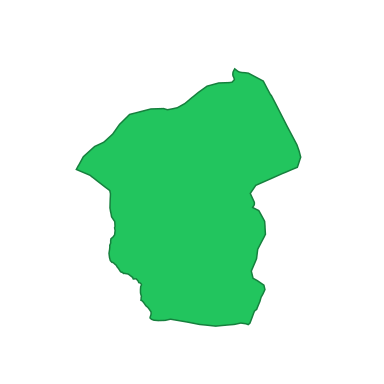 outline of Bilad Atta'am, Raymah, Yemen, rotated 298°
{"feature_id": "15242507B17948555439182", "entity_name": "Bilad Atta'am", "entity_type": "district", "adm_level": 2, "iso_a3": "YEM", "parent_name": "Yemen", "parent_adm1": "Raymah", "projection": "mercator", "projection_center": [43.572, 14.838], "detail": "fine", "context": "isolated", "style": "filled", "palette": "green", "viewbox_px": 384, "rotation_deg": 298, "n_neighbors": 0, "source": "geoboundaries", "source_scale": "gbopen_adm2", "svg_char_len": 3026}
<svg xmlns="http://www.w3.org/2000/svg" viewBox="0 0 384 384"><g transform="rotate(298 192 192)"><path d="M157.6,79.3L158.9,94.2L158.4,96.5L158.3,97.5L157.2,103.6L156.7,106.5L156.6,107.2L155.7,112.3L155.5,113.5L154.7,118.7L154.0,119.3L152.2,120.8L150.0,121.9L147.4,123.1L139.3,127.1L139.0,127.4L136.7,129.1L135.9,129.8L134.6,130.9L132.5,132.5L132.3,132.7L131.3,134.6L130.9,135.2L129.7,137.6L128.8,138.2L125.5,140.2L125.1,140.3L124.1,140.4L121.9,142.2L117.8,143.8L115.2,143.4L112.7,142.4L110.9,143.0L108.7,144.2L106.4,144.4L104.8,145.3L102.6,146.2L98.9,147.5L95.3,150.0L93.1,152.1L92.3,154.3L92.6,155.1L92.6,156.0L92.1,157.7L91.8,159.3L91.2,160.4L91.1,160.5L90.6,161.3L90.2,162.4L89.7,163.4L88.2,166.1L88.0,167.0L88.2,167.8L88.4,168.3L87.9,169.7L88.3,170.4L88.6,170.8L88.7,171.2L88.9,172.2L89.4,173.2L89.5,174.1L89.5,174.8L89.4,175.8L89.1,177.1L89.1,177.6L88.8,178.8L88.8,179.6L88.2,180.3L87.7,180.7L87.8,181.5L88.3,181.9L88.8,182.9L89.0,183.4L89.1,183.6L88.8,184.4L88.1,186.3L87.7,186.7L87.3,187.2L87.0,187.8L87.3,188.5L87.4,189.0L87.1,189.9L86.7,190.6L86.3,191.0L84.4,191.1L83.5,191.5L82.6,191.9L81.5,192.4L80.4,193.0L79.1,193.7L78.1,194.4L76.2,196.3L74.9,196.7L74.2,197.0L73.6,197.4L72.5,197.6L72.5,198.5L72.4,199.5L72.0,200.4L71.8,201.0L71.1,202.4L69.9,204.7L69.4,207.2L68.4,209.3L67.0,212.0L65.6,212.9L64.8,213.2L64.3,213.4L62.4,213.7L61.5,213.9L60.9,214.4L60.9,214.5L60.6,216.0L60.9,218.5L62.6,222.5L66.0,228.5L69.6,232.7L70.3,234.8L75.0,249.0L78.6,260.9L81.1,266.9L84.7,275.9L88.3,281.3L90.1,284.1L90.6,284.8L94.0,290.1L95.0,291.6L99.2,296.6L101.0,301.6L101.3,303.9L103.3,304.7L106.8,304.3L109.8,303.9L114.0,303.3L116.1,303.1L116.4,303.2L117.3,303.5L117.6,303.7L118.8,304.2L119.0,304.2L120.0,304.0L127.3,303.3L131.4,302.4L135.5,302.5L140.1,302.2L143.5,299.2L144.4,291.4L144.5,286.4L145.4,285.6L150.0,281.5L155.6,281.0L160.3,280.6L163.4,280.3L170.2,277.7L172.3,276.9L180.1,276.8L181.2,276.8L185.6,276.8L186.6,276.8L188.0,276.7L189.1,276.7L195.0,273.1L196.1,272.5L200.2,269.9L200.5,269.5L203.3,265.3L206.9,259.8L206.8,252.8L207.4,252.8L209.1,253.0L210.2,252.9L211.7,252.2L212.3,251.7L218.1,244.1L227.9,245.2L228.1,245.4L244.8,258.5L251.1,263.4L251.3,263.6L253.4,265.4L258.8,269.7L263.0,273.2L263.2,273.4L265.9,273.0L269.7,272.3L273.9,271.6L274.0,271.4L278.4,267.4L282.9,262.5L294.3,245.7L294.7,245.1L309.1,224.5L314.6,216.5L314.6,215.8L315.0,215.3L315.2,214.9L318.9,209.4L323.3,203.0L323.4,202.9L323.4,186.0L322.0,182.3L321.0,180.2L320.2,177.7L320.1,175.9L320.5,173.6L320.8,171.9L320.2,171.9L318.7,171.9L317.6,171.9L316.4,172.2L314.7,173.0L313.7,173.8L312.8,175.1L311.8,176.1L311.0,176.7L310.0,176.4L307.7,175.8L306.0,173.4L303.0,168.2L300.8,164.4L292.5,155.6L283.0,150.9L277.0,148.4L275.5,147.7L267.3,144.4L266.8,144.2L259.4,139.4L259.2,139.1L256.2,135.6L253.1,131.7L252.3,127.7L246.0,116.7L231.2,100.5L217.8,96.3L206.0,94.8L202.2,93.5L195.5,91.1L195.1,90.9L194.5,90.7L191.4,88.4L186.5,84.7L184.4,83.9L172.2,79.5L163.2,79.4L162.8,79.4L161.7,79.3L157.6,79.3Z" fill="#22c55e" stroke="#15803d" stroke-width="1.5"/></g></svg>